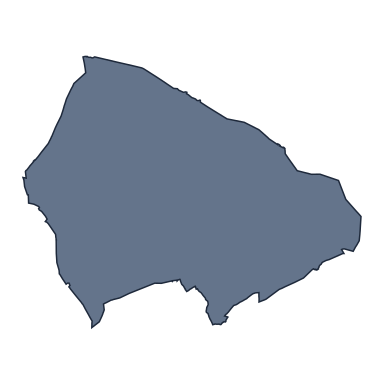 outline of Gol nor, Buskerud, Norway
{"feature_id": "86288312B77514254220313", "entity_name": "Gol nor", "entity_type": "district", "adm_level": 2, "iso_a3": "NOR", "parent_name": "Norway", "parent_adm1": "Buskerud", "projection": "mercator", "projection_center": [9.017, 60.751], "detail": "fine", "context": "isolated", "style": "filled", "palette": "slate", "viewbox_px": 384, "rotation_deg": 0, "n_neighbors": 0, "source": "geoboundaries", "source_scale": "gbopen_adm2", "svg_char_len": 5760}
<svg xmlns="http://www.w3.org/2000/svg" viewBox="0 0 384 384"><path d="M133.4,65.9L115.1,61.7L94.7,56.9L94.2,57.1L93.3,57.7L92.9,57.8L92.4,57.9L92.0,57.9L90.7,57.3L89.9,57.3L88.9,57.4L87.8,56.9L87.3,56.5L87.1,56.4L87.0,56.5L86.9,56.5L86.7,56.8L86.4,56.8L86.2,56.5L85.4,56.4L84.9,56.5L84.1,56.6L83.5,56.9L83.0,57.0L84.3,63.1L84.9,66.9L85.2,68.7L85.7,72.8L73.9,83.5L72.6,86.5L71.4,88.6L71.1,89.3L70.8,89.8L66.6,98.6L66.2,99.7L65.2,103.0L64.3,105.6L63.3,109.2L62.7,111.2L62.2,112.7L61.1,116.1L57.0,124.3L55.4,127.7L53.0,133.5L51.9,136.2L51.5,136.7L51.5,136.9L51.1,137.8L50.0,140.1L49.7,140.6L49.4,141.2L48.9,142.3L48.3,143.5L41.2,152.5L39.2,155.2L38.0,156.8L37.8,157.0L35.7,159.5L35.0,160.2L34.6,160.0L33.5,161.1L33.8,161.4L30.7,165.0L29.8,166.0L29.5,166.5L26.8,170.0L25.9,170.6L25.4,171.6L26.2,178.1L23.0,177.5L23.9,180.1L24.6,186.6L27.4,194.8L27.5,194.9L27.8,195.0L28.1,194.9L28.3,194.9L28.5,199.8L28.6,203.1L31.6,203.7L33.9,204.2L38.7,206.5L39.4,207.7L38.6,208.6L39.2,209.9L41.6,211.4L45.5,216.3L47.1,219.1L45.3,221.6L45.5,221.7L46.8,222.2L48.3,223.7L55.6,234.4L55.8,237.0L56.3,239.7L56.1,239.7L56.2,241.6L56.3,253.3L56.9,262.7L58.7,268.9L59.1,270.4L59.1,270.9L59.2,271.6L59.3,273.9L59.8,274.3L62.5,278.8L64.6,281.9L66.1,284.2L67.1,283.5L67.5,283.2L68.0,283.1L68.9,283.2L69.1,283.2L69.1,283.3L69.4,283.8L69.4,284.2L69.5,284.6L70.0,285.3L69.6,285.9L68.9,286.7L68.9,287.0L69.5,287.3L69.8,288.0L70.4,288.9L76.0,295.9L81.5,302.6L82.3,303.9L82.8,304.2L84.8,308.0L85.2,308.8L88.7,315.0L89.7,316.9L90.5,318.3L91.0,319.2L92.1,321.0L91.9,323.6L91.9,325.0L91.8,327.6L99.3,321.8L101.8,316.4L102.8,313.9L103.0,313.1L103.3,312.5L104.2,309.9L104.0,308.2L103.5,304.0L105.0,303.2L106.4,302.6L107.3,302.1L109.7,300.9L110.9,300.2L112.1,300.0L113.4,299.5L118.3,298.3L119.6,297.9L119.8,297.9L129.2,293.4L154.7,283.2L161.4,283.3L171.9,280.9L171.9,281.0L172.0,281.2L172.2,281.5L172.4,281.6L172.5,281.5L172.5,281.0L172.5,280.7L176.0,280.3L177.0,280.1L177.1,281.0L178.2,279.9L179.9,279.3L180.2,279.7L180.2,280.0L180.5,280.9L180.6,281.5L180.8,282.0L181.2,282.7L181.3,283.3L181.7,284.1L181.8,284.4L182.3,284.8L182.5,285.2L182.8,285.3L183.6,286.3L183.8,286.6L184.4,287.8L184.7,288.3L184.9,288.4L185.2,288.9L185.2,289.1L185.2,289.5L185.3,289.7L185.7,290.0L186.7,291.5L188.6,290.5L189.9,289.3L191.3,288.6L191.5,288.4L192.3,287.9L192.8,287.5L193.4,287.2L195.2,286.2L195.5,286.6L195.5,286.8L195.2,287.0L194.9,286.8L195.2,287.1L195.6,287.1L195.7,287.6L195.8,287.8L196.2,289.2L196.5,289.1L197.5,288.8L197.9,289.8L198.9,291.1L199.4,291.6L200.6,292.3L201.0,292.6L201.3,293.0L202.0,293.9L203.2,295.6L203.6,296.0L204.2,296.8L204.7,297.3L204.9,297.5L205.3,298.2L205.5,298.6L205.5,298.8L205.6,299.2L205.6,299.5L206.0,299.9L206.4,300.2L206.6,300.5L207.5,301.0L207.7,301.3L207.9,302.2L208.0,302.5L208.0,303.3L208.1,303.6L208.2,303.9L208.2,304.0L208.2,304.3L208.1,304.7L207.6,305.7L207.4,306.4L207.2,306.7L206.8,307.2L206.8,307.4L206.7,307.9L206.4,310.0L206.2,310.8L206.2,311.2L206.2,311.7L206.4,312.3L206.7,312.6L207.0,312.8L207.8,313.3L208.1,313.6L208.2,313.9L208.2,314.2L208.2,314.4L208.5,315.1L208.7,315.4L208.8,316.1L208.9,316.5L209.1,317.0L209.3,317.5L209.6,318.1L210.0,319.1L210.3,319.6L210.6,320.0L211.6,322.0L212.3,323.5L212.7,324.7L213.6,324.5L214.1,324.2L214.3,324.3L215.1,324.0L215.9,324.1L216.4,324.2L217.4,324.2L217.7,324.2L217.8,324.2L218.2,324.1L218.5,324.2L219.0,324.1L219.5,324.2L219.9,324.5L220.2,324.6L221.0,324.5L221.1,324.4L221.2,324.2L221.3,324.1L221.4,323.9L221.6,323.7L221.7,323.4L221.8,323.4L221.9,323.2L222.3,323.0L222.6,322.8L222.8,322.4L223.1,322.2L223.4,322.2L223.6,321.9L224.1,321.7L224.2,321.8L224.4,321.8L224.7,321.9L225.2,321.9L225.5,321.9L225.9,321.3L225.9,321.2L225.9,320.4L225.9,320.2L226.0,320.1L227.3,317.9L227.6,317.5L227.8,317.3L227.9,317.1L227.4,316.9L227.0,316.7L226.2,316.5L225.4,316.2L224.6,316.0L225.2,315.1L226.2,314.1L226.8,313.8L227.1,313.5L227.1,313.4L227.4,313.0L228.0,312.5L231.3,308.3L233.7,305.5L236.4,304.6L238.0,303.6L240.1,302.1L241.1,301.7L242.8,300.8L245.0,299.5L246.6,298.7L247.9,297.5L250.0,295.9L250.9,295.2L252.8,293.8L255.3,292.9L257.1,292.7L258.5,292.7L258.9,292.6L258.9,296.3L259.1,298.8L259.0,302.0L261.5,301.0L262.3,300.7L264.2,300.0L266.0,299.2L279.2,289.4L281.9,288.3L284.5,287.0L285.1,286.7L294.8,282.3L303.5,278.0L312.0,269.8L312.2,269.7L312.3,269.6L312.5,269.4L313.4,268.9L313.7,268.8L313.8,268.9L313.9,269.2L314.2,269.4L314.3,269.5L314.7,269.6L315.7,269.3L316.0,269.5L316.0,269.8L316.6,269.7L316.7,269.9L317.0,269.7L317.2,269.8L317.4,269.8L317.5,269.7L317.5,269.4L317.8,269.2L318.0,269.0L318.4,269.0L318.4,268.9L318.3,268.7L318.6,267.8L318.9,267.5L319.0,266.8L319.2,266.2L319.7,265.5L319.8,265.4L320.0,265.1L321.2,264.2L321.4,263.7L321.6,263.3L322.0,262.9L322.2,262.4L326.0,260.5L328.3,259.8L328.9,259.7L329.3,259.5L342.4,253.7L343.1,253.5L343.9,253.5L341.6,249.5L342.6,249.1L343.9,248.9L344.4,248.9L353.2,251.3L355.5,247.0L356.7,245.2L359.2,240.8L359.8,234.9L360.1,231.1L360.5,224.3L361.0,216.5L358.2,213.3L356.6,211.6L345.8,199.4L344.6,196.3L338.5,180.5L320.0,174.2L311.4,174.3L297.2,170.7L289.2,159.5L285.2,153.7L285.1,151.1L285.0,150.1L284.8,148.9L284.9,148.5L284.3,148.3L284.4,148.0L284.3,147.8L284.0,147.6L283.6,147.3L283.3,147.2L283.1,147.2L282.8,147.6L280.4,146.4L279.7,146.0L279.9,145.9L280.2,145.5L279.0,144.5L277.8,143.9L277.6,144.6L269.2,139.0L267.5,137.3L259.0,129.8L244.2,122.3L227.0,118.9L207.9,107.1L205.0,105.2L200.4,102.2L200.4,100.8L200.3,100.3L200.1,100.1L199.8,100.1L199.0,100.5L198.4,100.6L197.2,100.5L196.8,100.3L196.6,100.2L196.0,99.5L195.8,99.2L195.5,99.0L193.1,98.0L192.3,97.8L191.7,97.5L188.4,94.8L186.5,93.7L186.8,93.2L186.9,92.3L185.8,91.9L183.4,92.3L178.8,90.2L177.4,88.7L173.6,88.4L158.4,78.2L143.7,68.8L142.2,68.1L141.7,67.9L133.4,65.9Z" fill="#64748b" stroke="#1e293b" stroke-width="1.5"/></svg>